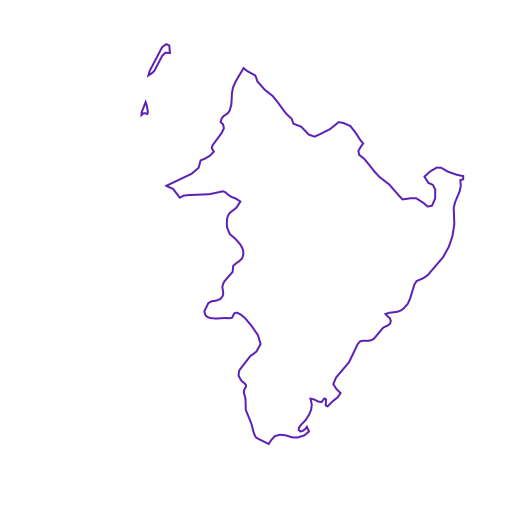 SVG path tracing the border of Sancti Spíritus, rotated 294°
{"feature_id": "CUB-1322", "entity_name": "Sancti Spíritus", "entity_type": "Province", "adm_level": 1, "iso_a3": "CUB", "parent_name": "Cuba", "parent_adm1": "", "projection": "mercator", "projection_center": [-79.45, 22.111], "detail": "fine", "context": "isolated", "style": "outline", "palette": "violet", "viewbox_px": 512, "rotation_deg": 294, "n_neighbors": 0, "source": "natural_earth", "source_scale": "10m", "svg_char_len": 3081}
<svg xmlns="http://www.w3.org/2000/svg" viewBox="0 0 512 512"><g transform="rotate(294 256 256)"><path d="M283.6,145.5L304.9,163.7L313.2,167.7L320.8,166.5L323.7,169.4L329.0,173.2L334.2,175.0L336.5,171.7L339.5,171.3L354.4,174.6L359.7,174.7L362.8,172.4L363.4,170.5L364.1,169.1L367.7,168.7L370.5,169.4L375.0,172.2L378.2,172.8L384.3,171.9L395.0,167.8L400.4,166.5L406.9,166.4L422.6,168.2L421.4,172.5L420.6,181.9L418.5,184.1L416.0,186.3L414.4,189.9L411.5,196.2L409.0,206.0L406.1,211.8L402.0,219.0L398.3,225.6L395.8,232.8L392.1,236.4L392.5,244.8L388.4,254.7L388.8,260.9L393.3,264.9L402.0,272.0L408.2,275.2L411.9,277.0L413.1,282.3L413.1,289.4L409.0,297.0L404.1,304.6L402.4,308.1L398.3,307.3L393.7,306.8L390.4,309.0L388.8,315.3L385.5,322.0L381.3,330.0L378.4,336.7L375.5,348.7L369.3,362.0L367.3,366.9L371.8,374.0L373.9,378.9L372.6,387.4L371.0,392.7L373.5,396.3L381.3,396.3L389.6,392.7L392.9,388.7L392.9,383.8L397.0,377.6L404.1,380.7L410.3,385.2L411.9,389.2L411.1,397.2L411.9,406.5L413.3,412.8L410.3,414.1L408.4,411.8L403.5,414.5L398.3,415.7L386.1,416.0L380.5,417.0L365.6,424.3L353.9,427.4L342.6,428.4L331.1,427.4L308.4,420.7L303.7,417.8L298.4,412.9L294.4,412.3L279.7,414.1L274.1,414.1L267.9,412.1L265.2,410.5L262.5,407.8L258.2,400.6L255.7,397.9L254.6,400.4L253.7,403.5L251.6,405.5L248.7,406.0L245.9,404.5L243.2,402.0L241.6,401.1L229.4,397.7L227.7,397.0L225.5,395.1L223.8,392.3L222.4,388.8L220.5,385.9L216.8,384.7L196.8,384.2L177.7,378.6L170.4,378.7L167.2,383.6L165.2,389.0L160.4,388.2L154.1,385.0L147.8,382.6L147.8,380.5L153.6,378.2L153.6,376.3L149.2,375.3L148.3,371.9L148.6,367.6L147.8,363.8L143.0,367.4L137.9,368.9L132.4,369.0L126.1,368.0L120.3,365.9L117.0,365.1L114.5,365.7L113.7,367.9L115.5,370.0L118.3,371.5L120.6,372.0L117.2,375.8L111.9,373.2L107.1,367.8L105.0,362.8L104.3,356.2L102.4,350.5L99.0,346.4L94.1,344.8L89.4,344.0L90.0,331.3L90.3,329.7L91.4,328.2L93.3,326.1L101.0,319.9L111.3,309.2L121.3,304.5L126.6,300.2L128.6,299.7L132.8,300.0L134.2,299.1L135.0,297.5L135.6,294.9L136.7,292.5L139.5,288.9L142.4,287.7L145.1,287.3L161.5,291.3L163.6,292.1L165.0,293.2L169.0,295.3L177.5,296.0L184.5,289.9L190.1,280.8L194.8,271.3L196.3,265.7L196.5,261.7L195.4,260.0L194.2,259.4L192.5,259.3L191.1,259.4L189.9,259.2L189.0,258.2L188.0,256.2L186.7,252.8L182.5,244.7L180.7,239.4L180.6,236.2L181.2,234.1L184.3,231.3L193.7,231.6L197.0,234.3L198.0,236.3L199.5,238.4L202.4,241.0L205.4,241.8L207.8,241.6L209.9,240.5L214.0,237.8L217.7,237.3L220.3,237.5L232.0,241.1L237.8,239.2L241.6,241.0L244.1,242.6L248.1,244.3L252.1,243.8L255.3,242.4L257.8,240.1L260.2,236.8L262.3,232.5L263.8,228.7L265.3,223.2L270.4,217.9L273.8,216.1L278.8,214.3L282.3,214.0L285.1,214.7L292.1,218.4L299.4,219.6L300.3,214.1L300.0,209.2L300.7,205.5L301.8,201.7L301.6,199.4L293.5,188.3L284.0,169.2L281.7,165.3L278.3,162.7L283.6,152.9L283.5,145.8L283.6,145.5ZM406.4,94.8L404.8,90.5L400.7,88.9L383.6,87.8L380.8,86.6L377.2,84.3L382.0,83.6L408.6,85.3L413.0,87.8L413.0,91.2L406.4,94.8ZM338.2,94.1L340.7,93.1L351.7,92.6L348.1,95.7L343.3,98.8L341.4,98.8L341.4,96.8L340.5,95.1L338.2,94.1Z" fill="none" stroke="#5b21b6" stroke-width="2"/></g></svg>